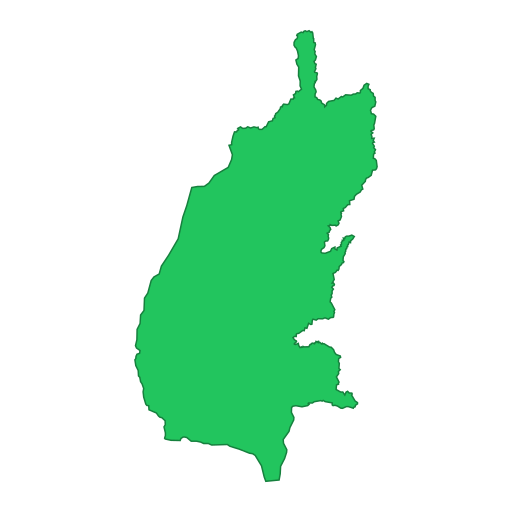 outline of May, Phôngsali, Laos
{"feature_id": "54806243B58703699561211", "entity_name": "May", "entity_type": "district", "adm_level": 2, "iso_a3": "LAO", "parent_name": "Laos", "parent_adm1": "Phôngsali", "projection": "robinson", "projection_center": [102.865, 21.419], "detail": "fine", "context": "isolated", "style": "filled", "palette": "green", "viewbox_px": 512, "rotation_deg": 0, "n_neighbors": 0, "source": "geoboundaries", "source_scale": "gbopen_adm2", "svg_char_len": 6036}
<svg xmlns="http://www.w3.org/2000/svg" viewBox="0 0 512 512"><path d="M261.5,465.8L264.2,476.9L265.8,481.3L279.1,480.0L280.2,473.8L280.6,466.3L284.6,458.5L286.6,452.3L286.8,449.7L283.5,443.3L283.2,439.5L289.0,431.4L289.9,427.6L293.7,420.0L293.9,417.4L291.4,412.4L291.6,407.5L292.9,406.2L295.9,405.7L302.0,406.8L307.7,405.6L309.1,404.3L308.2,403.6L308.5,403.0L312.4,403.0L314.3,401.7L320.6,400.6L322.2,401.1L323.2,400.4L325.1,401.6L332.2,402.9L332.2,404.9L333.0,405.6L335.0,405.3L337.4,406.0L340.9,408.2L342.6,408.3L346.3,406.6L348.3,406.6L353.3,408.2L353.6,407.4L355.1,406.8L355.5,405.2L357.5,403.9L357.5,402.6L355.1,401.0L351.6,395.1L352.2,394.0L351.8,393.1L349.2,393.0L347.6,391.3L346.1,392.1L344.8,395.0L342.8,392.0L340.8,392.1L336.1,389.5L336.5,384.9L338.5,384.2L338.4,383.2L339.0,382.1L336.4,376.9L338.7,373.6L338.4,371.5L340.2,369.7L338.9,368.5L339.3,363.3L338.4,361.8L338.7,358.5L340.6,357.4L340.3,356.0L336.2,354.5L334.5,352.3L333.6,349.7L331.2,347.2L329.6,347.1L324.0,343.7L322.9,343.9L322.4,343.2L321.5,343.9L319.8,342.4L319.0,342.6L318.6,341.3L317.9,341.5L317.8,342.4L316.0,341.4L315.6,342.7L314.4,343.0L314.4,343.7L312.4,343.1L311.3,343.6L311.1,344.4L310.0,344.6L308.8,346.8L303.6,346.9L303.0,346.4L302.5,347.2L301.7,347.4L301.4,346.9L300.1,347.6L298.7,345.5L298.3,343.4L295.7,344.5L294.4,344.2L294.4,343.5L296.5,341.7L296.4,341.0L294.4,339.8L293.0,337.6L294.5,336.4L296.2,336.5L296.3,334.2L296.8,333.7L298.8,333.3L302.9,330.4L304.2,330.7L305.0,327.8L306.9,328.3L308.6,323.3L310.9,324.5L311.9,324.2L312.3,320.3L313.0,319.2L316.2,320.1L318.1,318.7L322.7,318.8L325.0,317.8L328.4,319.2L330.6,317.6L333.1,317.4L333.6,316.9L333.9,313.9L334.5,312.6L333.9,311.4L334.8,309.7L331.3,303.0L330.1,301.9L330.7,298.2L331.8,297.2L331.2,295.0L332.1,293.7L332.1,290.8L333.4,289.1L331.8,287.4L332.6,286.1L334.0,285.5L334.4,284.3L333.4,282.9L332.2,283.0L334.2,279.5L333.0,273.5L335.4,272.4L337.2,270.1L338.1,270.4L338.9,269.1L339.2,266.5L341.4,264.6L342.2,262.9L343.5,262.6L343.9,261.5L343.0,260.6L343.3,256.8L345.2,253.7L344.9,252.6L345.7,251.3L345.7,249.2L346.6,248.8L347.0,246.8L347.7,246.6L347.6,245.0L348.4,244.4L349.2,241.9L350.5,242.6L350.7,240.7L352.6,239.2L354.3,236.5L351.8,235.1L349.0,236.1L346.4,236.2L345.1,237.1L344.7,238.5L343.4,238.1L343.9,240.0L342.4,240.3L342.8,240.8L341.3,242.4L341.5,244.1L340.5,245.0L341.1,246.2L337.2,247.9L336.9,250.0L334.9,248.9L334.9,247.1L331.7,248.6L330.5,251.3L325.2,253.3L322.0,253.0L321.1,252.3L320.9,250.9L321.7,249.2L324.0,247.6L324.9,245.8L324.4,242.1L325.5,241.1L327.6,240.9L328.4,239.4L328.7,238.1L328.1,236.4L328.5,234.7L327.2,233.2L329.2,232.2L329.6,230.7L330.7,229.4L330.0,227.5L328.3,225.9L330.1,225.3L330.2,224.6L331.8,225.4L335.4,225.2L336.1,226.0L338.2,224.8L339.0,223.2L338.1,220.9L340.1,220.0L341.5,216.4L341.0,214.4L341.5,213.2L340.8,212.6L341.1,211.6L343.6,210.8L343.3,208.5L345.3,207.5L347.7,204.7L349.8,204.5L349.5,200.7L354.0,199.3L354.5,196.4L356.4,194.3L360.2,192.0L361.4,189.8L362.8,189.1L361.7,185.2L365.3,181.4L365.6,179.5L366.5,178.1L368.2,177.5L371.2,175.3L372.5,170.2L375.5,169.9L376.5,168.7L377.1,166.7L376.3,160.4L374.8,158.7L373.3,158.2L373.6,154.1L375.0,153.1L374.3,152.0L375.5,149.7L373.7,147.7L374.3,146.2L372.5,143.3L372.8,142.5L374.3,142.1L373.2,140.6L374.2,138.2L371.7,138.4L371.9,136.5L371.1,134.3L372.8,132.9L370.9,131.2L371.2,130.5L373.6,129.9L374.2,128.8L373.8,124.9L374.5,123.5L375.8,116.3L373.6,114.1L371.4,113.7L370.5,110.2L371.9,107.6L374.8,106.2L375.8,101.9L375.1,100.5L375.1,97.3L373.6,96.3L373.2,93.4L371.3,92.3L370.1,90.6L370.2,89.7L368.1,88.7L368.1,86.2L368.9,84.3L366.7,83.4L364.1,85.2L362.9,88.4L360.4,90.5L360.4,92.3L359.8,93.1L357.2,92.8L355.6,94.0L353.2,94.1L351.3,95.2L345.6,94.8L342.7,97.0L341.4,96.5L338.1,99.0L336.0,98.1L334.1,100.4L328.6,101.4L326.6,103.4L326.5,105.3L324.7,106.8L324.6,104.9L321.6,103.0L321.1,101.0L319.9,100.0L317.6,99.4L316.7,97.6L315.0,96.9L315.1,93.9L316.1,91.9L315.7,90.0L314.0,87.0L314.1,85.7L314.4,83.5L315.3,82.6L315.0,81.4L316.1,80.9L316.9,79.4L316.7,76.4L317.4,73.7L317.1,72.9L314.7,72.3L314.5,71.5L315.9,68.7L315.4,67.5L316.2,64.2L314.9,63.6L314.0,61.4L315.4,60.0L316.4,56.5L314.9,54.1L314.8,52.4L315.2,51.8L314.2,49.7L315.5,44.7L315.1,42.8L313.7,42.5L313.7,38.6L313.3,38.4L312.7,32.9L311.9,31.7L311.0,32.4L309.1,30.7L306.9,31.6L305.2,30.8L303.8,31.4L303.1,32.6L301.2,32.1L297.2,34.3L296.8,35.5L297.5,35.7L297.5,37.5L296.9,38.8L295.5,39.6L294.1,42.3L294.0,45.2L295.2,47.3L296.2,48.0L297.5,51.0L298.5,55.9L298.1,58.5L295.9,60.0L296.9,64.2L298.7,67.1L298.5,75.9L300.2,81.0L300.1,85.9L301.5,89.2L298.3,91.7L297.4,91.1L295.9,91.4L295.6,93.5L293.4,94.9L294.5,97.8L293.5,98.0L293.2,99.1L290.9,99.1L288.8,104.0L287.4,104.6L283.6,104.1L282.6,105.3L282.4,106.7L281.5,106.5L280.5,107.2L280.4,108.5L277.7,112.3L275.7,113.6L275.2,115.4L274.5,116.1L275.0,117.7L273.1,118.4L272.4,120.8L268.6,121.8L266.2,126.7L265.0,126.7L262.1,129.4L259.3,129.4L258.4,128.6L258.1,127.2L256.9,127.6L253.9,126.9L250.6,128.0L247.7,126.8L245.7,128.2L242.7,128.4L240.5,126.9L237.8,128.4L238.4,129.0L238.4,130.1L237.4,130.3L236.6,131.9L234.5,131.9L233.0,136.2L231.6,142.5L231.7,144.7L229.0,145.3L232.4,154.7L231.6,159.5L228.2,167.4L214.3,175.5L208.9,183.1L204.3,186.4L197.6,186.5L191.8,187.5L186.8,205.6L182.9,217.0L178.2,238.8L168.6,255.3L161.4,266.1L159.2,274.0L154.0,276.9L151.2,280.5L147.8,293.1L144.5,298.1L144.0,310.5L140.6,315.0L140.1,323.5L137.1,329.4L136.9,339.7L135.5,345.7L136.5,348.0L140.0,350.5L139.6,353.3L137.0,354.2L136.0,356.3L135.8,358.6L134.9,359.8L135.8,365.6L138.2,370.5L138.5,375.9L139.8,377.3L140.6,381.7L142.0,383.7L143.7,388.5L143.1,391.8L143.7,397.1L145.8,404.1L146.8,405.4L148.7,405.7L149.0,409.8L156.4,413.0L158.5,416.0L159.9,417.2L161.9,417.7L165.1,420.7L165.3,424.7L164.0,426.9L165.4,432.8L165.4,435.6L164.6,438.2L165.2,439.0L171.1,440.3L180.2,440.5L180.9,438.5L183.0,437.1L184.5,437.0L186.8,437.5L191.2,441.2L196.5,441.2L200.8,442.1L203.6,443.5L208.4,443.5L211.6,445.0L227.3,444.5L230.0,446.3L239.1,449.1L249.5,453.2L252.6,453.7L255.2,455.4L261.5,465.8Z" fill="#22c55e" stroke="#15803d" stroke-width="1.5"/></svg>